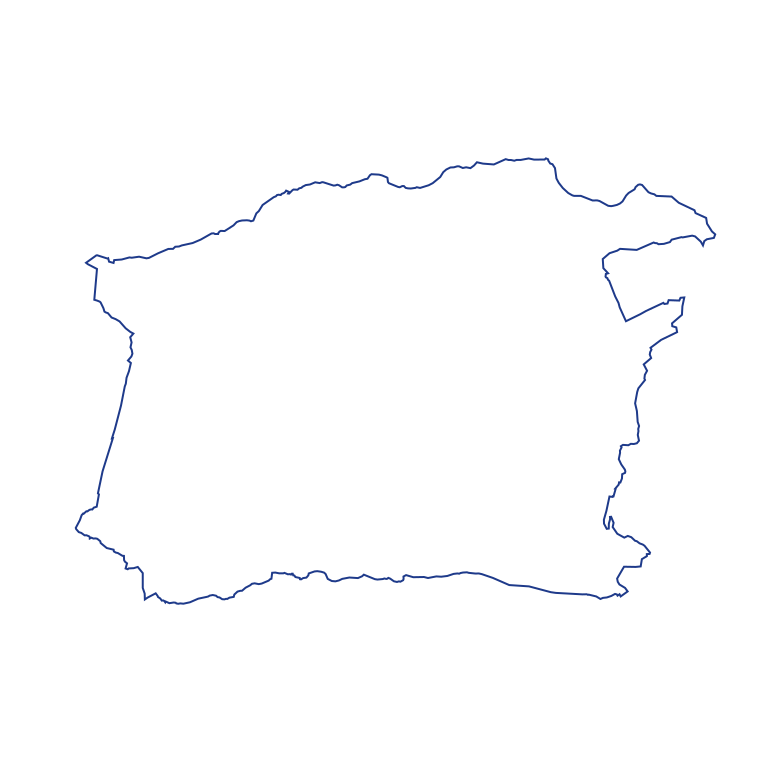 Malureni, Arges, Romania (Robinson projection), rotated 97°
{"feature_id": "2599482B85608070722935", "entity_name": "Malureni", "entity_type": "district", "adm_level": 2, "iso_a3": "ROU", "parent_name": "Romania", "parent_adm1": "Arges", "projection": "robinson", "projection_center": [24.772, 45.057], "detail": "fine", "context": "isolated", "style": "outline", "palette": "blue", "viewbox_px": 768, "rotation_deg": 97, "n_neighbors": 0, "source": "geoboundaries", "source_scale": "gbopen_adm2", "svg_char_len": 6146}
<svg xmlns="http://www.w3.org/2000/svg" viewBox="0 0 768 768"><g transform="rotate(97 384 384)"><path d="M624.8,592.6L619.6,585.1L622.0,582.8L622.9,582.4L624.1,580.0L626.1,578.1L625.7,576.9L626.1,575.7L627.4,574.5L626.5,574.2L627.7,570.3L626.5,566.1L626.5,564.1L627.1,563.4L627.2,561.4L626.6,559.5L626.5,556.3L624.3,550.0L619.7,542.2L617.0,534.3L616.3,532.5L615.3,531.3L614.3,528.2L614.6,524.9L615.8,523.2L615.9,521.2L617.3,518.4L617.2,516.1L616.5,514.7L616.4,513.3L614.9,511.4L613.6,507.2L611.2,506.9L607.9,504.1L606.8,501.5L606.5,499.7L603.0,496.5L600.1,492.3L598.4,490.7L597.6,488.1L597.9,483.9L597.0,481.1L593.2,474.5L591.7,473.3L591.0,472.0L585.0,472.0L584.4,468.9L584.7,464.9L584.2,460.9L583.6,459.8L584.6,456.2L584.2,454.3L584.5,453.1L583.6,452.6L583.4,451.5L585.0,450.8L585.0,449.6L586.4,448.4L586.8,444.0L588.0,443.6L588.0,442.5L586.5,440.6L585.6,437.4L583.2,435.8L581.2,435.6L578.5,430.1L577.9,427.4L578.0,423.5L578.5,420.5L579.7,418.8L584.3,416.1L585.9,411.8L585.8,408.2L584.5,404.8L582.5,401.7L580.3,394.8L579.8,386.2L577.5,382.3L575.7,380.8L578.8,369.3L578.9,366.7L577.7,361.3L577.0,360.0L577.2,358.0L576.8,356.9L575.9,356.1L576.4,354.2L578.6,350.1L578.9,347.0L578.1,345.2L578.2,343.6L576.4,341.1L575.2,340.8L572.7,341.2L571.0,338.8L572.2,331.4L570.7,320.8L571.2,316.7L568.6,308.6L568.3,303.7L566.8,297.7L564.0,291.8L563.1,288.1L563.1,286.2L562.3,285.0L561.5,282.6L560.8,278.7L561.1,276.9L561.0,270.4L560.5,266.7L560.8,263.7L563.2,252.3L568.3,235.2L567.2,215.4L570.3,193.0L570.4,188.1L568.6,161.2L568.0,157.2L568.4,155.8L568.1,155.2L569.0,147.4L571.0,143.0L569.6,140.6L568.7,136.8L566.7,132.6L564.2,129.1L564.5,127.2L565.6,126.4L564.0,124.6L566.0,123.2L560.2,116.9L557.0,119.9L554.3,125.9L551.8,127.9L548.7,128.9L536.1,123.5L534.9,112.0L533.8,107.0L526.4,106.7L522.8,102.1L520.8,102.4L520.3,99.7L518.9,99.4L512.8,105.7L511.8,107.6L511.0,110.9L509.2,114.0L509.0,115.7L505.9,119.9L505.1,123.5L507.2,126.8L504.2,134.2L498.1,139.6L493.8,139.2L488.1,142.4L488.4,143.5L490.6,143.1L495.1,143.8L500.1,143.3L500.6,145.3L495.8,148.6L491.9,149.2L482.9,147.8L468.2,146.5L468.2,143.4L467.5,143.3L467.5,142.5L459.9,141.3L459.8,141.8L455.2,138.8L453.0,138.7L453.0,137.4L448.8,136.3L444.5,136.6L442.8,133.9L441.3,133.8L439.6,134.5L434.9,138.7L430.0,141.8L423.5,141.3L421.4,141.7L418.1,140.5L416.9,141.3L415.3,139.4L415.0,134.0L413.3,131.7L413.1,128.7L412.0,125.8L409.2,124.0L403.6,125.9L399.7,125.7L397.7,126.2L394.6,125.7L390.7,127.6L380.0,129.7L372.6,132.4L361.0,131.7L357.3,131.0L348.2,125.4L346.9,126.2L343.1,126.2L338.8,124.5L332.9,128.6L325.7,122.0L322.4,123.8L319.9,123.7L317.3,122.7L315.6,123.9L306.4,114.3L296.8,99.4L292.2,100.8L291.5,104.9L288.7,105.5L279.0,96.7L270.6,97.3L261.5,96.5L262.3,100.2L265.2,101.1L266.1,111.7L269.6,112.4L270.4,115.5L269.4,116.6L279.5,132.7L283.6,138.3L292.2,151.5L279.2,159.4L275.0,161.1L268.9,165.2L254.1,173.1L253.2,174.4L251.7,175.2L251.1,176.7L250.4,177.2L247.7,177.2L246.8,175.1L242.3,180.4L233.3,182.1L226.7,176.1L223.2,168.7L221.1,166.2L220.1,149.5L210.7,133.6L211.1,132.1L211.0,130.3L211.8,128.6L210.8,123.3L208.3,117.5L205.7,116.1L202.0,106.7L202.1,105.4L199.2,96.2L199.6,93.2L204.1,86.9L207.6,84.3L203.1,83.5L201.0,81.2L198.8,74.4L195.1,73.5L192.6,77.1L185.5,82.9L179.9,84.5L176.4,95.6L173.7,97.0L168.2,113.5L162.9,121.4L164.1,136.6L162.8,138.7L162.3,142.2L161.4,144.9L155.0,152.1L154.7,154.3L155.3,156.0L157.9,158.3L160.2,159.0L164.6,164.5L167.4,166.6L173.7,169.5L176.1,171.8L177.9,174.7L179.2,178.2L179.8,180.2L179.8,183.2L176.1,192.4L175.8,194.7L176.4,199.4L173.3,211.5L174.1,218.3L173.8,220.1L172.0,224.4L167.7,230.4L163.0,235.1L159.0,237.9L148.9,240.6L145.3,243.6L144.9,245.9L142.2,248.2L141.0,248.5L140.3,250.8L141.6,251.9L143.0,262.3L142.5,267.9L145.0,275.8L145.4,279.6L146.5,281.9L146.2,285.1L146.5,287.6L146.0,290.6L152.7,301.7L153.2,312.6L152.6,318.8L156.2,321.3L159.2,324.5L158.9,328.9L160.0,332.1L158.8,336.1L159.0,337.8L160.4,341.0L161.0,344.5L163.5,348.3L166.5,351.0L171.7,353.4L178.7,360.1L181.3,363.9L185.0,372.1L184.7,375.5L185.5,376.7L186.7,381.2L186.9,384.1L186.7,386.4L185.1,388.4L185.3,390.0L186.8,392.3L186.7,394.0L184.1,403.6L183.0,404.7L179.0,405.7L178.6,406.4L177.2,411.4L176.8,414.5L177.3,422.0L178.5,423.4L182.3,425.4L183.1,428.0L185.9,433.1L188.5,440.1L190.2,441.8L191.5,445.2L193.2,446.4L193.7,447.7L193.9,449.5L192.2,452.9L191.9,454.7L192.8,456.4L193.2,458.2L191.2,468.7L191.2,470.0L192.4,472.3L192.2,476.9L195.0,481.8L196.1,485.9L198.2,489.0L199.3,489.8L200.1,492.0L201.7,493.5L202.0,497.5L202.8,498.5L206.6,501.4L206.6,502.4L204.9,501.7L204.0,504.7L205.3,505.3L206.7,506.7L207.8,508.8L209.0,509.5L209.0,511.8L209.5,513.2L210.9,514.2L212.0,516.2L221.1,526.3L227.6,529.3L230.2,531.5L237.7,533.6L238.7,535.9L238.2,537.4L238.2,540.0L239.0,544.8L240.0,547.7L241.3,550.0L244.9,552.7L251.6,560.8L251.9,564.6L252.7,565.8L254.3,566.8L255.3,566.9L255.7,570.1L255.2,571.4L255.6,573.5L263.0,583.5L267.4,591.1L271.1,601.6L272.5,604.2L273.2,607.9L275.6,609.9L276.2,614.5L281.8,624.2L287.5,632.7L288.2,635.1L287.5,642.6L289.4,649.7L289.4,652.1L292.4,659.5L293.9,666.9L296.8,667.2L296.1,671.8L292.8,673.1L293.2,673.7L291.2,684.3L291.4,685.2L300.0,694.5L301.2,692.5L304.8,682.9L335.7,681.8L336.2,678.8L336.9,676.2L337.6,675.2L343.0,671.7L346.2,670.3L346.9,668.8L347.3,666.7L351.2,662.5L352.3,658.3L354.1,654.1L360.2,647.2L363.2,642.2L364.5,638.9L368.5,641.6L373.5,639.6L378.5,640.1L381.0,638.5L384.6,637.4L387.5,638.1L391.9,641.0L394.0,637.8L402.4,638.7L409.2,640.3L415.2,640.3L418.0,641.0L437.4,642.4L462.1,645.7L471.1,647.4L470.8,646.5L505.0,652.7L527.4,654.6L528.3,653.5L540.8,654.2L542.1,657.0L544.1,658.2L544.1,659.2L544.8,661.0L546.6,662.9L546.6,663.9L549.4,666.3L549.2,666.8L551.0,668.1L556.3,669.3L564.4,672.4L565.6,671.8L568.2,668.9L568.7,666.3L570.7,662.7L570.4,660.9L571.1,658.3L571.6,657.5L573.2,657.2L572.2,655.7L572.8,653.6L572.4,651.3L572.6,649.7L574.6,646.5L576.4,645.8L580.6,639.2L581.4,632.2L583.1,631.7L584.0,629.7L584.2,627.6L586.4,622.7L586.3,621.2L590.5,620.5L591.9,619.5L593.3,617.2L598.6,618.0L599.1,615.8L598.2,615.0L597.3,610.0L595.6,606.1L601.1,600.4L615.8,598.6L621.2,596.0L627.0,595.1L624.8,592.6Z" fill="none" stroke="#1e3a8a" stroke-width="2"/></g></svg>